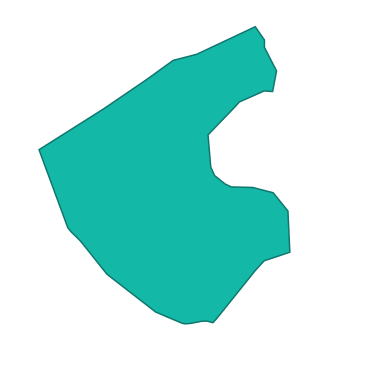 the Region of Bakool, rotated 246°
{"feature_id": "SOM-2312", "entity_name": "Bakool", "entity_type": "Region", "adm_level": 1, "iso_a3": "SOM", "parent_name": "Somalia", "parent_adm1": "", "projection": "robinson", "projection_center": [43.857, 4.102], "detail": "fine", "context": "isolated", "style": "filled", "palette": "teal", "viewbox_px": 384, "rotation_deg": 246, "n_neighbors": 0, "source": "natural_earth", "source_scale": "10m", "svg_char_len": 808}
<svg xmlns="http://www.w3.org/2000/svg" viewBox="0 0 384 384"><g transform="rotate(246 192 192)"><path d="M209.7,64.0L217.7,64.5L224.6,65.0L231.4,65.4L238.3,65.9L245.2,66.3L252.1,66.8L258.9,67.2L265.8,67.7L272.7,68.1L279.5,68.6L286.4,69.0L292.9,69.5L304.0,145.7L313.3,196.8L319.9,228.4L315.9,252.4L317.3,317.0L301.4,320.0L294.7,317.0L268.2,318.5L251.0,306.5L255.0,299.0L255.0,271.9L252.3,265.9L237.7,229.9L207.2,219.3L197.9,219.3L186.0,225.4L180.7,229.9L171.4,249.4L158.2,265.9L135.6,271.9L97.2,256.9L99.8,229.9L94.5,217.8L66.7,163.8L64.1,158.0L68.0,153.1L70.0,148.2L72.4,137.7L74.1,132.7L75.0,131.1L76.1,129.6L86.0,120.3L97.1,110.0L112.2,101.9L127.3,93.8L142.2,85.8L151.4,80.9L166.2,77.0L176.3,74.4L189.4,71.0L193.3,69.9L204.9,65.3L209.7,64.0Z" fill="#14b8a6" stroke="#0f766e" stroke-width="1.5"/></g></svg>